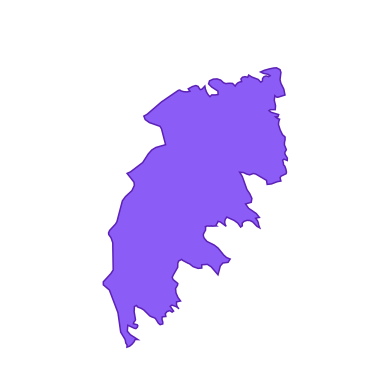 SVG path tracing the border of Corse-du-Sud, rotated 235°
{"feature_id": "FRA-5281", "entity_name": "Corse-du-Sud", "entity_type": "Metropolitan department", "adm_level": 1, "iso_a3": "FRA", "parent_name": "France", "parent_adm1": "", "projection": "equal_earth", "projection_center": [8.909, 41.876], "detail": "fine", "context": "isolated", "style": "filled", "palette": "violet", "viewbox_px": 384, "rotation_deg": 235, "n_neighbors": 0, "source": "natural_earth", "source_scale": "10m", "svg_char_len": 3576}
<svg xmlns="http://www.w3.org/2000/svg" viewBox="0 0 384 384"><g transform="rotate(235 192 192)"><path d="M281.8,196.1L281.4,199.6L283.3,218.6L283.1,239.1L282.5,240.5L280.9,241.1L278.8,242.9L276.8,245.4L275.7,248.1L278.7,248.1L278.1,253.0L277.0,256.2L275.0,257.6L272.8,257.4L271.1,257.5L270.5,259.1L271.4,263.3L268.6,262.0L265.3,261.2L262.3,261.0L259.8,261.4L260.2,263.9L258.2,266.7L256.9,269.3L259.8,271.1L266.8,268.3L271.1,267.6L273.0,270.1L272.3,274.1L270.3,277.4L267.2,279.7L263.4,280.5L261.4,281.9L259.8,284.8L257.7,287.5L254.0,288.1L254.8,290.1L255.1,292.1L254.8,294.0L254.0,296.0L256.5,296.9L257.1,299.1L256.1,301.6L254.0,303.4L255.3,305.5L252.0,306.9L246.2,310.8L242.5,311.3L242.5,313.3L244.5,314.9L245.2,317.1L244.5,319.3L242.5,321.0L242.5,322.7L244.9,321.7L248.3,318.5L251.0,317.0L250.2,321.1L248.5,325.9L246.7,330.1L245.2,332.5L241.7,334.3L238.9,333.4L233.6,328.6L230.2,327.2L223.6,326.2L218.1,323.8L220.4,316.6L221.4,315.6L223.4,315.1L219.9,312.0L214.7,309.9L211.7,307.4L214.5,303.4L214.5,301.7L212.0,302.5L205.7,307.4L204.3,305.5L204.7,304.9L205.0,304.7L205.3,304.4L205.7,303.4L203.4,304.1L202.6,304.6L201.4,305.5L199.9,303.4L197.6,301.5L192.2,299.8L187.0,299.0L183.7,299.8L181.4,298.2L179.7,296.3L177.5,294.7L172.6,293.6L172.0,292.6L171.6,291.4L170.5,290.2L168.4,289.7L166.7,289.7L165.0,289.5L163.2,288.1L166.1,286.2L166.1,284.5L163.4,283.5L161.8,282.6L159.8,282.8L156.8,282.0L154.1,280.8L153.0,279.6L153.9,274.2L153.3,272.4L150.0,271.1L151.6,267.5L153.0,261.8L155.1,257.9L158.8,259.7L170.2,254.5L172.0,252.8L173.0,249.0L175.4,247.0L178.3,245.4L180.9,242.4L175.9,242.1L162.5,238.4L157.4,238.3L152.4,237.4L149.6,234.6L151.5,229.0L146.2,229.0L137.5,232.3L132.5,232.6L133.0,231.6L134.0,229.0L131.0,229.2L128.7,228.6L126.6,227.6L123.8,226.9L126.6,225.5L132.6,224.6L135.4,223.1L137.2,220.8L138.1,217.9L137.7,215.3L135.4,213.8L135.4,211.7L140.2,211.7L144.6,210.2L151.5,206.1L150.5,203.5L148.9,201.7L146.7,200.6L144.3,200.3L151.3,198.0L153.0,196.5L152.5,195.9L151.7,194.0L150.9,192.4L150.1,192.7L152.6,188.7L153.0,188.7L153.6,187.3L155.5,184.9L155.9,183.1L155.4,183.0L153.0,181.2L151.8,178.7L150.8,177.0L149.5,176.1L147.2,175.5L142.9,175.9L135.7,179.8L131.1,181.2L122.3,181.8L118.5,182.7L115.2,184.8L113.7,181.2L116.1,176.6L115.2,172.8L109.3,165.8L119.7,164.8L123.9,163.1L126.8,158.2L124.1,156.4L125.9,153.2L130.2,150.1L134.8,148.7L135.9,147.9L141.6,145.0L142.7,144.9L143.1,141.4L141.8,139.5L138.5,137.1L134.8,129.2L133.4,126.8L131.1,126.3L125.2,127.9L124.0,126.8L122.4,123.2L118.5,121.0L113.7,120.0L109.3,120.1L110.4,117.4L110.9,116.4L109.3,115.1L107.6,114.3L105.7,114.1L103.7,114.3L105.8,113.9L107.6,113.0L110.9,110.7L110.9,108.6L105.0,108.6L105.0,106.8L107.5,105.8L108.4,103.1L107.6,100.3L105.0,99.2L106.8,96.0L105.0,94.4L102.2,93.5L100.7,92.4L101.6,89.8L103.8,89.2L109.4,89.5L111.0,88.7L112.6,87.5L114.6,86.4L123.2,84.8L126.1,83.5L128.3,81.9L129.5,81.3L130.4,81.6L131.0,81.3L131.2,79.1L128.0,76.7L127.6,76.2L119.7,72.4L119.2,71.4L118.6,69.5L117.7,68.4L114.7,71.0L113.5,70.9L112.6,69.7L112.3,67.7L113.3,66.7L119.7,63.0L115.1,59.2L110.6,59.6L102.2,63.0L103.8,60.9L102.5,58.5L101.7,55.5L101.5,52.4L102.2,49.7L104.0,51.1L106.1,51.1L109.5,52.6L118.1,53.2L135.6,62.1L159.1,68.1L166.8,66.1L169.3,67.8L171.7,78.7L173.3,82.7L195.9,98.0L200.9,99.4L204.9,99.4L206.4,100.2L207.8,102.5L209.6,110.9L210.7,113.4L224.7,129.9L226.4,134.9L227.6,143.6L230.5,148.6L233.3,150.1L244.5,149.5L243.8,153.1L244.4,168.5L248.3,178.1L249.5,183.2L249.2,188.0L245.9,197.5L261.1,203.2L264.1,203.5L273.3,196.9L278.2,195.2L281.8,196.1Z" fill="#8b5cf6" stroke="#5b21b6" stroke-width="1.5"/></g></svg>